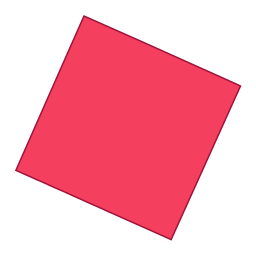 the district of Jewell, Kansas, United States of America, rotated 204°
{"feature_id": "52423323B48788445659830", "entity_name": "Jewell", "entity_type": "district", "adm_level": 2, "iso_a3": "USA", "parent_name": "United States of America", "parent_adm1": "Kansas", "projection": "orthographic", "projection_center": [-98.177, 39.785], "detail": "fine", "context": "isolated", "style": "filled", "palette": "rose", "viewbox_px": 256, "rotation_deg": 204, "n_neighbors": 0, "source": "geoboundaries", "source_scale": "gbopen_adm2", "svg_char_len": 447}
<svg xmlns="http://www.w3.org/2000/svg" viewBox="0 0 256 256"><g transform="rotate(204 128 128)"><path d="M42.3,212.1L47.6,212.2L146.3,212.5L213.7,212.4L213.7,178.8L213.2,43.7L201.2,43.7L190.0,43.7L188.7,43.7L178.9,43.8L178.1,43.7L172.6,43.7L170.4,43.7L163.4,43.8L150.8,43.7L146.4,43.7L141.8,43.7L139.7,43.7L135.5,43.6L118.7,43.7L113.3,43.6L111.6,43.6L47.3,43.6L43.2,43.5L42.3,212.1Z" fill="#f43f5e" stroke="#9f1239" stroke-width="1.5"/></g></svg>